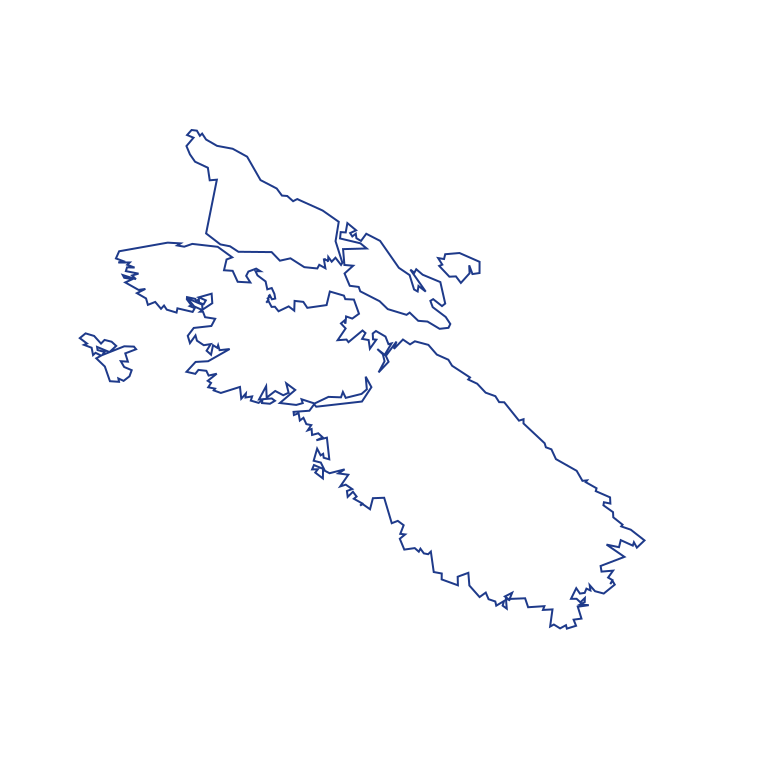 Karmøy nor, Rogaland, Norway, rotated 305°
{"feature_id": "86288312B31081381702542", "entity_name": "Karmøy nor", "entity_type": "district", "adm_level": 2, "iso_a3": "NOR", "parent_name": "Norway", "parent_adm1": "Rogaland", "projection": "orthographic", "projection_center": [5.261, 59.278], "detail": "fine", "context": "isolated", "style": "outline", "palette": "blue", "viewbox_px": 768, "rotation_deg": 305, "n_neighbors": 0, "source": "geoboundaries", "source_scale": "gbopen_adm2", "svg_char_len": 6156}
<svg xmlns="http://www.w3.org/2000/svg" viewBox="0 0 768 768"><g transform="rotate(305 384 384)"><path d="M340.8,90.9L333.1,92.4L335.0,99.6L331.1,96.7L337.7,106.0L334.4,105.3L336.3,112.9L332.2,106.6L328.4,107.8L333.6,119.6L328.4,115.4L327.7,119.9L327.3,119.9L323.4,107.5L322.0,110.3L325.6,117.8L318.8,113.8L320.3,129.0L325.0,134.0L316.7,129.5L317.6,140.0L313.4,145.2L320.0,149.5L317.7,158.2L322.1,158.8L320.3,163.4L323.5,173.1L327.5,171.4L333.3,185.9L337.6,185.5L336.4,180.2L338.0,181.0L340.3,173.9L342.2,172.8L345.5,180.6L344.2,183.1L347.5,183.5L344.6,185.8L345.8,190.5L350.3,190.1L348.8,182.6L359.1,191.0L351.7,197.0L340.8,192.7L344.7,189.5L341.4,173.8L338.7,184.0L340.3,192.6L337.8,191.9L339.4,194.2L336.1,199.1L340.6,208.3L332.5,209.3L320.8,196.0L310.9,195.6L306.2,201.6L315.7,201.7L312.2,205.9L312.4,214.1L317.3,219.2L309.5,219.6L308.8,225.5L317.7,221.7L318.0,226.7L320.6,225.9L317.4,229.9L324.1,237.5L301.8,226.9L294.0,217.0L280.7,215.2L284.1,223.6L289.1,223.9L292.9,230.9L290.3,235.5L296.5,241.1L285.5,237.8L285.7,241.7L280.5,241.9L283.3,248.3L281.1,248.2L283.1,255.5L299.0,267.7L290.1,275.5L297.0,276.3L293.5,278.3L298.2,283.1L294.0,284.4L296.6,292.1L301.1,293.6L298.4,295.0L302.4,301.9L307.7,304.3L307.8,300.4L299.6,290.5L314.6,288.7L305.6,295.7L315.9,298.9L317.0,307.9L322.1,310.9L328.5,303.5L328.2,314.7L308.7,309.6L316.5,324.1L321.7,328.4L324.2,325.2L328.2,338.3L341.6,345.9L348.4,356.4L353.9,354.9L350.7,360.6L363.0,371.3L369.8,373.0L379.5,364.8L374.2,375.5L357.0,376.0L326.5,341.5L327.3,338.4L319.3,338.2L309.3,325.9L306.9,328.0L311.1,330.8L305.8,336.0L310.1,337.4L306.6,343.4L308.6,348.0L302.3,348.1L305.6,350.5L301.0,354.3L305.9,358.4L305.1,364.5L299.1,360.9L307.3,368.0L290.9,382.4L289.0,376.9L291.9,374.2L289.2,373.0L292.7,366.3L280.8,370.4L283.4,377.3L279.8,383.9L277.4,373.1L272.8,374.1L276.2,378.7L272.0,378.5L271.6,388.1L278.7,383.3L279.7,390.6L291.5,400.7L284.6,397.9L289.2,406.8L275.0,406.9L279.6,410.4L279.7,418.2L275.1,415.0L270.7,419.0L277.9,420.4L276.1,426.1L272.7,425.1L273.7,434.7L270.7,434.2L273.4,435.4L273.4,444.4L284.1,440.4L290.9,449.4L274.4,470.2L279.8,473.8L279.6,481.1L270.6,483.3L272.9,487.6L266.3,485.7L260.0,495.6L267.2,503.3L266.6,508.7L270.0,508.3L268.1,513.8L269.9,517.8L273.6,518.5L258.5,532.6L261.9,540.0L257.0,543.3L261.5,560.0L268.4,554.9L277.7,561.4L267.9,569.5L264.3,584.5L271.5,587.0L267.7,593.1L269.7,599.9L266.8,603.1L275.1,606.8L270.5,608.3L270.4,613.4L278.1,607.0L279.1,611.5L279.3,604.9L286.5,608.7L280.0,610.2L289.4,622.5L283.8,630.1L294.0,642.8L290.1,643.8L296.0,651.3L280.6,659.2L284.4,661.1L284.8,668.4L290.8,671.4L288.5,674.1L296.1,680.0L299.7,674.5L305.1,680.3L312.7,670.5L320.3,678.6L315.8,671.1L320.5,673.5L323.9,671.3L317.8,670.1L318.5,665.0L315.3,660.4L327.0,658.6L324.7,664.7L328.0,668.2L332.5,667.2L333.3,671.5L337.2,667.9L335.3,675.7L338.4,684.2L352.0,688.1L353.8,684.2L349.9,684.1L354.4,683.7L354.0,678.6L362.5,678.7L355.1,669.8L359.2,665.8L380.3,680.1L380.1,658.4L385.1,670.1L391.9,667.5L394.3,680.5L397.7,679.5L395.0,685.0L405.3,687.1L406.2,669.7L403.4,660.0L405.6,660.1L406.3,648.3L410.4,645.1L410.5,633.3L413.3,632.0L415.9,638.0L420.8,634.2L417.7,618.9L420.5,617.9L419.3,605.5L421.5,605.6L418.5,602.1L423.4,591.6L421.1,567.9L426.5,558.6L425.0,552.9L427.6,549.6L431.7,520.9L435.2,518.5L431.4,515.6L438.0,493.0L435.2,488.7L437.9,482.2L435.2,472.2L437.7,460.2L436.0,450.4L438.7,450.7L438.0,429.3L440.8,422.8L438.4,410.4L441.5,397.9L436.7,384.8L431.4,382.6L431.3,374.0L418.5,372.0L425.9,369.9L408.1,369.4L404.8,375.0L390.4,372.9L403.0,371.4L407.7,366.0L408.8,358.5L408.3,367.8L421.6,366.9L419.2,364.8L423.7,358.0L422.8,347.0L418.9,345.8L414.3,349.4L415.9,352.3L404.8,352.2L411.2,346.2L408.4,340.2L415.1,339.6L415.5,335.7L397.9,330.9L398.9,327.8L393.3,320.9L407.5,320.7L408.9,314.0L413.1,315.1L411.3,317.8L417.6,314.2L419.4,320.5L427.2,323.2L435.9,310.9L431.3,303.6L433.4,300.5L428.7,286.6L415.7,291.7L402.4,277.5L405.0,270.8L400.8,263.1L392.6,268.4L392.9,261.4L383.1,255.9L384.7,250.3L382.7,247.7L385.8,241.6L383.1,240.9L386.8,241.0L387.4,239.6L389.0,240.2L389.9,239.2L390.7,239.2L391.3,239.4L389.1,243.6L391.6,245.9L394.9,242.6L398.2,237.0L394.6,234.1L400.1,228.2L400.4,218.1L402.7,214.0L405.5,218.0L405.2,213.1L398.3,208.4L393.5,209.1L390.5,216.3L383.8,205.5L389.9,195.1L385.4,187.7L395.7,183.6L400.7,187.0L401.0,169.1L388.8,146.6L381.9,141.6L378.9,135.2L382.5,136.7L375.7,125.7L340.8,90.9ZM405.3,151.9L404.5,169.9L408.5,178.9L408.8,188.9L427.6,216.3L425.3,228.0L433.3,235.3L434.0,251.7L440.4,263.1L444.5,262.6L445.2,269.6L451.6,263.3L452.4,264.0L452.2,265.1L452.9,266.5L452.4,267.3L452.8,267.6L456.1,265.5L454.2,271.0L459.6,271.8L456.9,280.5L459.5,280.3L473.2,262.4L490.9,253.9L490.9,234.2L485.7,206.8L481.6,204.7L482.5,196.9L479.8,192.3L482.6,184.0L480.2,165.9L491.7,141.5L489.9,125.1L483.3,110.6L482.2,98.0L484.8,91.4L481.7,90.8L484.2,85.4L481.7,80.7L475.0,79.9L476.5,86.7L465.6,85.7L460.8,93.3L457.7,101.7L460.1,115.7L450.9,124.4L455.5,129.9L405.3,151.9ZM483.6,261.4L478.0,264.5L485.7,283.9L485.1,292.1L471.0,273.1L458.8,283.3L463.2,290.9L451.9,288.3L444.8,299.6L449.0,307.6L446.3,311.4L449.3,332.9L447.5,344.1L453.6,362.8L457.2,364.1L455.4,375.8L460.1,383.8L461.1,397.9L467.0,404.6L471.2,403.9L474.3,396.1L474.9,379.8L478.7,374.3L481.7,375.6L481.1,386.8L485.0,388.0L499.8,371.7L495.7,353.0L496.5,344.6L492.6,345.0L492.8,340.0L483.6,365.2L484.1,356.0L479.1,358.5L478.7,354.4L487.9,342.5L487.7,329.5L499.0,298.7L496.9,283.3L488.0,283.1L487.6,277.8L490.9,274.7L486.7,273.4L488.2,269.7L493.9,273.0L494.8,261.7L486.2,265.7L483.6,261.4ZM254.3,110.5L247.1,108.5L246.8,117.5L244.0,115.8L246.0,123.7L240.8,129.1L244.1,129.8L245.0,136.0L240.0,133.6L238.2,145.3L229.1,157.9L233.8,165.7L236.2,163.2L237.2,168.9L244.3,171.1L250.6,169.4L248.9,161.4L251.7,155.3L255.4,161.4L260.7,154.5L270.3,161.0L271.2,157.7L265.9,149.6L246.1,136.6L250.0,136.7L247.5,129.9L249.8,127.7L252.7,140.8L261.6,142.8L262.4,136.6L259.8,129.8L254.8,129.0L257.1,119.0L254.3,110.5ZM520.8,361.5L518.2,356.1L515.2,363.3L512.4,361.5L509.4,376.0L513.4,381.2L510.9,389.0L523.8,390.6L530.1,385.7L524.8,393.4L529.7,398.6L538.9,392.2L534.6,370.7L525.4,359.7L520.8,361.5Z" fill="none" stroke="#1e3a8a" stroke-width="2"/></g></svg>